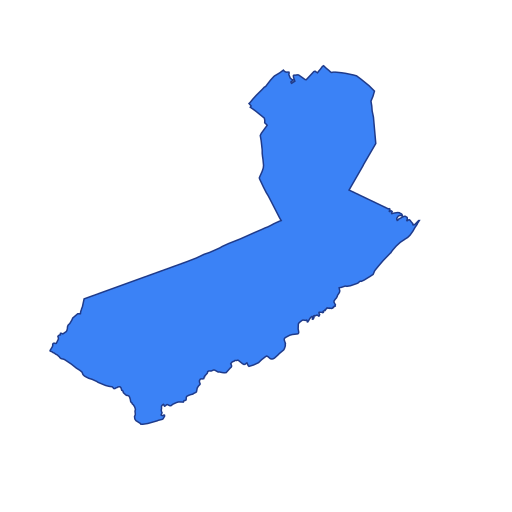 Aek Phnum, Batdâmbâng, Cambodia, rotated 129°
{"feature_id": "14789045B18738075075755", "entity_name": "Aek Phnum", "entity_type": "district", "adm_level": 2, "iso_a3": "KHM", "parent_name": "Cambodia", "parent_adm1": "Batdâmbâng", "projection": "mercator", "projection_center": [103.494, 13.247], "detail": "fine", "context": "isolated", "style": "filled", "palette": "blue", "viewbox_px": 512, "rotation_deg": 129, "n_neighbors": 0, "source": "geoboundaries", "source_scale": "gbopen_adm2", "svg_char_len": 6118}
<svg xmlns="http://www.w3.org/2000/svg" viewBox="0 0 512 512"><g transform="rotate(129 256 256)"><path d="M125.7,151.4L126.1,151.9L131.5,152.4L132.6,153.0L133.0,153.6L132.7,154.1L132.2,154.4L131.7,157.3L131.3,158.5L131.3,159.1L131.4,159.8L132.1,160.2L133.5,160.7L133.6,161.1L132.0,161.7L130.9,162.8L131.2,165.0L131.9,165.8L133.9,166.9L135.2,167.3L137.7,168.4L139.0,168.3L139.5,168.6L139.0,169.6L138.3,170.2L136.9,170.5L135.4,170.5L134.3,170.0L133.7,169.4L132.8,167.8L132.4,167.8L131.8,168.8L131.8,170.0L132.1,170.8L132.1,171.7L133.0,173.2L135.5,175.5L137.6,177.1L137.3,177.8L135.8,178.1L135.7,179.0L135.9,179.4L137.4,180.2L137.3,180.7L136.0,180.9L135.3,181.5L135.4,182.3L136.1,182.8L146.2,225.2L118.1,229.7L117.6,229.9L93.2,233.7L74.2,252.1L70.1,257.1L66.6,260.4L63.3,264.1L58.3,265.6L53.3,267.7L52.5,275.4L52.5,285.6L52.7,291.2L54.0,294.2L57.7,301.4L59.9,305.1L63.2,310.1L64.5,311.7L65.8,312.7L66.1,313.8L65.9,316.3L65.9,319.5L65.6,323.2L66.9,323.7L70.5,323.5L73.1,323.6L74.9,323.5L75.1,324.5L75.2,326.4L76.3,327.1L87.4,327.9L88.0,328.9L88.1,331.1L88.5,336.8L89.3,338.0L90.5,339.0L91.6,340.4L92.5,340.4L93.8,338.9L95.7,335.8L99.4,337.0L99.2,337.9L98.4,338.5L96.5,337.7L95.8,338.0L96.2,339.1L96.2,341.3L94.3,344.7L92.9,345.4L92.4,346.1L92.9,346.9L93.9,347.9L94.5,349.4L94.5,350.7L94.3,351.7L98.6,352.8L104.3,354.9L105.3,355.1L110.2,355.4L118.3,355.2L119.5,355.8L122.5,356.0L130.8,356.9L135.9,357.2L140.5,357.2L141.9,357.4L142.2,355.4L142.5,354.2L144.0,354.1L143.6,348.0L143.6,336.3L145.2,334.4L147.0,333.1L147.2,330.3L147.4,329.6L157.3,329.1L159.7,328.5L163.1,324.6L169.7,317.9L172.3,315.8L174.5,313.6L176.6,311.3L180.9,307.1L183.1,305.7L186.3,304.5L193.0,302.7L193.7,302.0L197.7,293.7L200.3,287.9L201.4,284.7L202.9,281.2L211.5,261.7L212.6,258.7L214.2,259.7L219.6,262.4L222.8,263.7L226.1,265.2L228.4,266.6L232.1,268.4L238.5,271.8L252.5,278.9L263.5,285.1L269.7,288.2L272.4,289.2L276.0,291.0L282.6,294.4L287.3,297.4L295.1,301.1L303.5,305.9L397.5,362.6L404.8,358.9L406.6,358.4L408.1,357.7L408.7,357.6L410.0,357.0L411.3,356.1L411.8,356.4L412.0,356.9L413.1,358.2L419.5,359.4L421.7,358.8L425.7,358.2L427.8,358.5L429.0,358.2L429.9,357.8L430.9,357.0L432.0,356.5L432.9,356.1L434.1,355.9L437.9,357.0L438.2,357.3L438.5,358.5L439.1,359.3L439.9,358.9L440.4,358.4L441.2,359.1L442.4,359.4L443.1,359.4L444.0,358.1L444.9,357.3L449.6,356.2L450.2,356.9L450.8,358.1L451.4,358.5L451.9,358.6L452.6,358.4L453.7,357.5L455.0,357.1L459.0,356.6L459.4,356.1L458.8,354.2L458.8,353.0L458.4,351.7L458.3,349.6L457.9,348.0L458.1,346.5L458.0,345.6L458.4,344.7L458.4,342.9L457.2,340.4L456.9,339.0L456.2,331.3L456.2,325.1L455.7,321.0L455.7,319.7L455.8,318.0L457.0,315.9L457.2,314.5L457.2,313.5L456.9,311.7L456.3,309.0L455.0,305.8L453.7,300.8L453.6,299.3L451.3,291.5L449.8,288.2L448.2,285.5L448.2,284.4L448.5,283.4L448.4,282.8L447.6,282.1L446.6,281.9L445.9,281.3L444.5,280.8L443.4,279.7L443.2,279.1L443.4,278.0L444.9,275.8L444.6,275.1L444.9,274.0L445.6,273.2L445.7,272.7L445.9,269.8L445.8,268.9L445.1,267.9L444.8,266.7L445.2,265.5L446.4,263.6L448.0,261.8L448.3,260.9L448.2,260.0L448.7,259.3L448.8,258.8L448.8,257.7L449.6,255.4L450.6,253.8L451.2,253.1L452.7,252.4L454.8,250.3L455.6,249.8L457.2,249.4L458.9,247.6L459.5,245.7L458.9,240.5L459.2,239.7L458.1,238.2L454.3,234.7L446.2,229.0L445.3,228.6L442.0,226.1L441.4,225.8L440.8,225.8L438.1,226.2L437.7,226.5L437.3,226.9L437.4,227.4L438.8,228.1L439.2,228.7L439.3,229.6L438.9,229.9L437.5,230.2L436.9,230.4L436.6,231.2L435.3,232.8L434.3,233.2L432.2,234.9L431.1,235.0L429.9,234.8L429.5,234.6L429.5,234.1L429.9,233.7L430.3,232.6L429.6,232.2L427.8,231.9L427.4,231.6L427.2,231.3L426.6,228.8L425.9,227.9L423.4,227.3L419.8,225.5L418.1,224.3L415.2,220.5L413.6,220.9L412.8,220.1L412.2,219.8L411.6,219.9L409.6,221.3L408.7,221.5L406.8,220.7L404.8,219.5L403.0,218.1L402.4,218.1L399.8,216.9L399.0,216.8L395.6,218.6L393.1,218.9L391.1,218.7L390.5,219.0L389.6,220.5L388.9,221.2L388.5,221.5L387.3,221.7L386.9,221.8L386.3,221.5L385.8,221.1L385.3,220.3L384.2,219.4L382.9,220.0L382.5,220.1L382.1,219.9L381.8,220.3L377.8,220.1L376.7,220.5L376.3,220.8L375.2,220.4L374.8,220.1L373.6,218.5L373.2,218.2L372.3,217.8L371.0,217.0L370.6,215.9L370.0,212.4L369.2,211.6L367.8,208.8L366.7,207.1L365.4,205.8L358.9,205.5L358.2,205.3L357.2,205.5L356.5,206.1L355.8,207.3L355.7,207.8L355.1,207.9L353.1,207.8L351.5,206.8L350.5,206.7L349.4,205.3L348.5,204.7L348.2,204.1L348.2,198.7L347.9,197.2L347.2,196.4L345.3,196.0L344.8,195.8L346.1,193.1L346.2,192.0L342.2,189.3L337.3,186.9L333.1,186.4L328.0,185.2L327.0,184.7L326.7,183.4L326.8,180.4L326.7,180.0L326.2,179.0L325.3,178.1L323.7,177.4L319.4,176.7L317.2,176.5L311.6,175.4L310.2,175.6L308.0,176.4L306.6,177.2L306.1,177.9L305.4,178.1L304.5,179.7L303.4,181.3L302.5,181.9L301.7,182.0L300.5,181.7L296.3,179.9L294.2,178.4L290.4,174.7L289.9,174.4L289.3,174.4L288.7,174.6L288.0,175.2L286.1,177.4L282.2,180.3L281.3,180.5L279.6,180.3L277.1,179.7L276.5,179.4L276.0,178.9L274.9,177.0L274.0,176.4L273.9,175.9L274.9,174.8L274.7,174.3L273.1,174.4L270.8,174.8L269.2,174.8L267.7,174.4L267.7,173.7L267.9,173.3L269.2,172.8L269.6,172.5L269.4,172.0L268.8,171.9L267.4,172.2L266.9,172.5L266.1,173.4L265.5,173.1L265.3,172.4L264.0,171.8L263.2,170.8L263.3,170.0L263.2,169.3L262.7,169.2L261.4,169.7L261.1,170.6L260.5,171.4L259.9,171.5L258.3,169.3L257.9,169.0L258.0,168.4L257.4,168.2L257.1,168.8L256.6,169.0L256.2,168.9L255.2,168.1L254.8,168.0L254.2,168.5L253.8,168.1L252.6,168.2L252.2,167.9L251.5,168.1L251.0,166.8L250.4,166.5L250.5,166.0L249.4,164.8L249.3,164.3L248.2,163.6L247.7,163.8L247.3,163.5L247.0,163.7L246.6,163.4L246.0,163.6L245.1,162.9L244.8,163.3L244.0,163.5L242.9,166.2L241.9,167.0L240.0,167.2L237.9,167.1L236.1,167.5L235.3,167.9L232.0,168.2L230.4,168.9L229.2,170.5L228.3,171.4L226.9,170.1L223.6,168.0L222.9,167.3L222.4,166.3L219.7,163.9L213.9,160.3L212.7,159.7L210.6,159.4L210.0,159.1L209.4,158.2L206.6,156.8L202.6,155.4L200.7,154.7L196.6,153.4L192.7,154.5L187.0,154.5L179.4,154.3L169.1,153.4L168.4,153.2L167.9,153.4L165.3,153.5L160.0,153.3L154.6,152.5L148.7,150.7L146.2,149.8L142.9,149.4L138.0,149.7L133.8,150.4L130.0,150.7L129.3,151.0L125.7,151.4Z" fill="#3b82f6" stroke="#1e3a8a" stroke-width="1.5"/></g></svg>